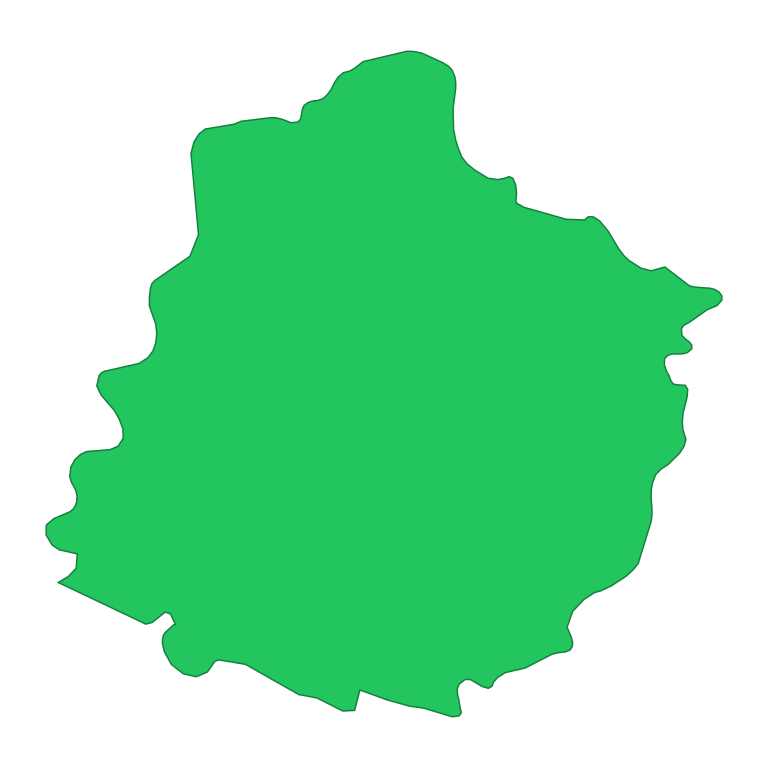 the Metropolitan department of Sarthe
{"feature_id": "FRA-5340", "entity_name": "Sarthe", "entity_type": "Metropolitan department", "adm_level": 1, "iso_a3": "FRA", "parent_name": "France", "parent_adm1": "", "projection": "mercator", "projection_center": [0.286, 48.027], "detail": "fine", "context": "isolated", "style": "filled", "palette": "green", "viewbox_px": 768, "rotation_deg": 0, "n_neighbors": 0, "source": "natural_earth", "source_scale": "10m", "svg_char_len": 2777}
<svg xmlns="http://www.w3.org/2000/svg" viewBox="0 0 768 768"><path d="M58.3,582.5L68.6,576.3L76.2,568.1L77.3,553.9L59.3,549.9L52.1,545.0L46.1,534.9L46.3,525.0L53.7,518.7L70.3,511.6L73.3,509.0L75.5,505.5L76.8,501.2L77.0,495.9L75.8,490.4L71.2,481.7L69.8,476.5L70.8,467.2L74.8,459.8L80.4,454.5L86.4,451.6L110.3,449.6L118.0,446.2L123.2,438.4L122.9,428.8L119.2,419.0L114.5,410.7L101.1,395.0L96.8,385.9L99.1,375.6L101.5,372.8L104.4,371.3L139.2,363.4L148.0,357.6L152.8,351.2L155.8,342.9L156.8,333.4L155.7,323.9L149.4,306.0L149.4,297.6L150.4,288.6L152.0,283.5L155.1,280.3L190.0,256.2L198.5,234.6L191.0,153.6L193.9,142.2L198.9,134.1L205.4,129.0L234.2,124.2L241.1,121.3L270.6,117.7L275.8,117.8L282.0,119.2L290.8,122.7L297.9,122.1L300.7,118.9L302.4,109.4L304.0,105.5L307.2,103.1L309.9,101.8L313.2,100.9L317.0,100.7L322.4,98.9L324.8,97.2L327.6,94.3L331.2,89.4L334.8,82.0L338.4,76.9L343.3,72.7L349.6,71.1L354.7,68.2L363.2,61.6L407.1,51.2L413.8,51.5L421.7,53.1L442.6,62.6L448.6,66.3L452.3,70.4L454.9,77.0L455.7,82.6L455.7,88.3L453.1,108.4L453.6,129.5L455.5,139.4L457.8,147.1L461.8,157.1L466.9,163.7L474.5,169.9L488.0,178.2L498.1,179.6L504.7,178.2L509.2,176.6L512.9,178.3L515.5,184.4L516.3,189.8L516.5,194.4L515.9,200.9L516.9,203.4L523.9,207.3L566.3,219.3L585.0,220.0L585.7,218.9L586.6,218.1L588.7,216.6L593.7,217.0L599.5,220.8L608.4,231.5L618.9,249.1L623.7,255.4L629.0,260.5L641.0,268.2L651.1,270.8L664.9,267.0L689.2,285.7L694.4,287.1L709.9,288.2L714.6,289.4L718.8,291.8L721.9,296.0L721.8,300.2L717.0,305.6L707.3,309.6L689.2,322.4L683.4,325.6L681.4,329.0L681.9,335.3L685.2,338.8L689.0,341.7L691.8,345.1L691.7,348.9L687.2,352.7L682.1,353.9L672.0,354.0L667.7,355.4L664.5,358.9L664.4,365.1L666.4,370.9L669.2,376.1L670.8,380.4L673.0,383.8L676.7,384.8L685.4,385.3L687.7,389.5L687.1,397.1L683.1,412.8L682.3,421.6L682.8,429.1L685.9,439.4L684.2,445.9L679.8,453.0L668.2,464.4L661.3,468.9L655.6,474.7L652.7,482.3L651.3,489.2L651.1,495.3L651.3,500.9L651.8,506.2L652.0,512.2L651.7,517.5L650.8,522.7L638.2,563.5L633.3,569.6L626.4,576.0L611.8,585.6L600.8,590.9L599.6,591.1L594.3,592.7L584.0,599.4L572.7,611.3L567.1,627.2L570.9,636.3L571.3,637.3L572.6,642.0L572.3,646.4L570.2,649.9L565.5,651.9L558.2,652.7L551.8,654.3L525.2,668.0L505.3,672.6L497.5,677.5L493.4,682.3L492.1,686.1L488.3,688.3L482.2,686.5L470.6,679.6L465.2,679.4L458.9,684.4L457.2,689.3L457.5,694.5L458.7,699.0L460.2,708.1L461.3,712.8L459.1,715.9L452.3,716.8L423.6,708.1L409.7,706.2L387.7,700.1L359.9,690.0L354.6,710.4L342.8,711.0L316.8,697.9L298.9,694.6L245.4,664.3L218.8,659.9L214.9,661.2L207.4,672.0L196.3,676.8L183.2,673.7L171.4,664.5L164.2,651.3L162.5,643.2L162.5,639.1L163.5,635.0L165.7,632.0L173.5,624.9L175.5,624.4L170.4,613.9L165.1,612.1L152.1,622.5L145.8,624.1L58.3,582.5Z" fill="#22c55e" stroke="#15803d" stroke-width="1.5"/></svg>